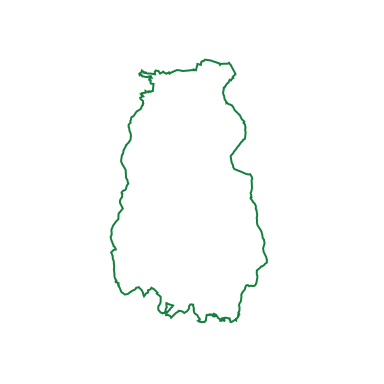 Ciceu-Giurgesti, Bistrita-Nasaud, Romania (Robinson projection), rotated 221°
{"feature_id": "2599482B28114594722524", "entity_name": "Ciceu-Giurgesti", "entity_type": "district", "adm_level": 2, "iso_a3": "ROU", "parent_name": "Romania", "parent_adm1": "Bistrita-Nasaud", "projection": "robinson", "projection_center": [23.976, 47.27], "detail": "fine", "context": "isolated", "style": "outline", "palette": "green", "viewbox_px": 384, "rotation_deg": 221, "n_neighbors": 0, "source": "geoboundaries", "source_scale": "gbopen_adm2", "svg_char_len": 5903}
<svg xmlns="http://www.w3.org/2000/svg" viewBox="0 0 384 384"><g transform="rotate(221 192 192)"><path d="M264.0,303.7L265.0,302.8L265.6,302.7L269.1,300.3L269.1,298.6L269.8,298.0L269.7,297.5L270.2,297.0L270.3,296.2L268.7,293.8L271.9,292.2L271.4,291.6L270.5,289.6L268.9,286.5L271.0,285.6L270.5,285.1L272.4,283.7L272.7,283.1L278.6,277.0L280.1,276.4L283.4,274.1L285.7,269.3L286.7,267.0L286.6,266.6L287.7,266.5L288.0,266.8L288.3,265.6L289.1,264.9L289.1,264.4L291.2,263.9L292.7,264.0L292.8,263.2L293.8,260.5L296.6,261.3L299.1,259.9L298.9,258.2L297.1,256.6L301.3,254.0L302.8,252.6L303.9,251.9L304.4,251.8L305.3,251.0L306.2,250.6L306.0,251.4L307.1,250.8L307.7,251.0L308.7,250.5L309.4,250.7L308.7,248.8L309.2,247.6L309.3,246.5L307.9,245.8L307.1,247.0L306.5,247.2L305.4,246.6L304.4,247.5L303.3,247.9L300.9,249.6L300.5,250.7L299.1,252.4L297.4,251.7L298.9,250.4L297.9,249.3L298.2,249.1L298.0,248.6L296.4,249.2L296.2,248.9L296.5,248.8L296.4,248.5L294.3,246.8L291.9,248.3L287.8,242.4L288.5,241.8L289.0,240.4L289.8,240.4L290.7,239.4L290.2,238.9L290.3,238.6L291.5,238.4L292.3,237.8L293.3,237.7L292.2,236.5L294.7,233.7L294.2,233.3L294.8,232.3L292.6,231.8L292.3,232.4L291.5,232.2L292.2,231.2L292.9,229.0L291.8,228.5L288.5,228.5L287.3,226.9L286.8,226.8L286.5,225.5L286.1,225.3L286.2,223.8L285.3,221.7L285.2,220.9L286.6,216.4L285.9,210.9L286.7,209.0L286.7,208.3L285.5,206.6L285.2,205.2L283.9,204.1L284.0,201.3L282.5,199.5L281.7,199.3L279.2,197.1L277.0,196.1L274.9,194.3L272.7,191.1L272.5,190.1L272.6,189.2L272.2,188.0L272.5,184.6L272.2,184.2L272.4,183.9L271.6,181.7L271.5,180.3L271.1,179.6L271.0,178.4L270.0,177.1L269.0,175.0L269.1,174.7L269.2,174.1L266.7,170.1L265.5,168.5L262.9,167.3L256.5,165.1L251.1,159.5L248.4,158.5L247.4,157.6L245.5,156.5L245.6,155.3L245.1,153.4L243.8,150.8L243.8,149.6L245.0,147.3L244.7,146.5L244.9,145.5L244.0,144.7L243.2,144.8L241.4,142.0L241.4,141.0L241.1,139.4L240.3,137.6L238.7,136.3L233.4,134.2L233.2,127.5L229.7,123.1L230.0,119.9L229.5,114.9L228.1,110.7L225.3,107.9L224.3,106.4L224.1,105.0L223.0,103.9L220.4,102.3L219.2,101.8L218.6,101.3L216.4,100.4L215.9,99.7L214.7,99.8L212.5,99.2L211.8,98.6L213.1,96.9L213.4,93.4L209.9,91.7L208.5,90.1L205.4,88.2L203.5,86.2L202.4,85.4L201.1,83.8L200.4,82.6L197.0,79.5L195.3,77.6L193.5,76.3L191.1,75.6L191.1,74.5L190.4,74.0L189.8,74.7L188.8,74.4L188.0,75.1L187.7,75.1L186.9,73.6L186.1,73.7L186.0,73.0L183.6,72.2L179.8,70.2L175.4,70.6L174.6,71.5L173.3,73.5L173.2,74.0L173.1,75.4L172.6,76.8L172.5,77.8L170.9,81.4L171.3,83.1L169.6,85.3L168.4,85.0L165.8,85.0L162.9,83.8L160.6,82.1L159.8,81.8L160.1,85.4L159.2,87.3L160.7,89.0L159.8,90.5L159.5,91.5L159.8,93.1L158.0,93.4L157.7,93.7L152.0,93.4L151.9,92.2L148.3,92.4L146.8,92.3L143.3,88.1L142.7,86.4L142.3,83.4L140.1,81.0L136.9,80.5L134.7,81.1L134.7,81.6L133.4,82.4L133.8,84.2L133.7,84.9L134.2,85.2L134.8,86.1L135.2,86.9L135.4,88.5L136.6,89.3L138.4,91.3L137.8,91.7L136.5,91.8L131.8,93.9L131.6,92.5L131.9,90.0L131.6,88.4L131.8,86.3L131.7,83.8L131.4,83.0L130.8,82.1L129.3,83.5L127.1,84.1L125.3,83.4L124.9,88.7L124.6,90.7L123.9,92.8L124.2,93.6L120.8,95.6L118.5,95.6L117.7,98.2L117.5,99.0L117.7,101.5L118.1,102.7L119.2,103.7L119.5,105.9L119.2,106.4L117.2,107.7L116.7,107.0L113.9,105.2L113.8,104.5L113.2,104.2L112.5,103.3L111.3,102.5L110.2,102.2L107.2,102.5L105.3,101.7L102.7,101.2L102.3,100.7L102.9,99.3L102.9,99.0L102.6,98.9L102.7,98.7L101.9,98.8L99.9,99.7L97.2,102.2L97.4,103.8L97.3,104.4L98.6,106.0L100.2,108.9L99.4,109.4L98.7,110.4L98.0,110.7L98.4,111.2L97.3,112.1L94.6,112.1L93.5,112.7L93.0,113.4L93.6,113.5L93.2,113.8L93.6,114.6L93.9,114.5L94.1,113.9L96.6,114.0L93.5,115.1L91.6,114.7L89.7,114.0L86.7,114.4L86.2,114.6L86.0,114.3L86.3,113.4L86.0,113.3L85.5,113.8L85.1,114.7L85.3,115.4L85.1,115.7L84.1,115.6L82.3,116.3L83.4,116.3L83.9,116.9L85.5,116.0L86.5,115.9L87.2,116.5L86.6,116.3L86.1,116.4L85.8,117.3L84.9,118.1L84.7,118.7L83.7,119.5L80.5,121.3L79.4,120.3L79.5,120.1L78.1,119.7L77.6,119.2L77.1,119.7L76.6,120.6L75.7,123.6L75.2,123.9L75.4,124.4L74.6,124.3L75.3,125.3L75.2,127.8L76.3,129.0L75.7,129.5L76.9,130.6L76.5,131.0L76.9,131.2L77.3,130.9L77.9,131.3L78.2,133.2L79.0,134.4L80.9,136.5L82.3,137.4L83.2,139.6L83.2,140.9L83.7,142.1L86.0,145.4L87.4,146.8L87.9,148.6L88.2,150.3L88.2,153.0L88.9,154.6L89.2,154.8L89.7,156.7L89.7,157.1L88.8,158.4L87.1,158.3L86.4,159.6L84.1,161.2L83.3,162.3L83.2,163.4L83.5,164.3L83.4,164.6L84.3,166.7L85.4,168.2L85.8,169.2L87.0,170.9L87.9,171.8L88.5,171.9L89.6,172.9L91.6,175.3L91.0,178.9L90.9,181.3L90.5,181.5L89.6,184.2L89.8,185.2L89.2,187.8L90.7,189.7L93.4,191.6L98.6,193.8L101.4,196.1L103.5,200.8L106.5,203.3L108.0,203.5L108.8,204.0L111.0,205.9L114.0,207.9L121.0,210.0L123.4,212.0L124.4,213.4L126.3,215.0L127.0,216.5L127.9,217.6L131.8,220.9L132.2,220.8L132.9,221.3L134.6,223.3L137.2,224.4L139.8,224.5L140.3,225.0L143.4,225.5L143.5,226.6L143.8,226.4L144.2,226.5L144.7,228.0L147.2,229.8L147.5,231.1L149.2,234.2L154.9,240.2L155.2,241.5L156.4,242.4L159.7,243.6L161.0,242.2L163.9,240.8L167.4,239.8L175.1,237.1L177.2,237.8L178.6,239.1L181.3,240.2L186.0,244.0L186.5,245.0L186.4,248.3L186.8,249.7L186.9,254.1L187.2,255.7L187.1,257.5L187.5,261.0L187.5,262.5L187.2,263.5L187.7,265.2L187.1,266.0L187.0,267.1L190.9,272.5L192.7,273.7L192.9,274.4L193.8,275.3L193.8,275.6L194.8,276.6L196.9,277.9L197.6,277.8L198.0,278.3L198.5,278.1L198.8,279.5L202.2,279.6L206.2,281.3L213.7,281.8L216.9,283.3L217.5,283.2L218.7,283.6L222.8,282.2L223.6,282.2L224.3,282.5L224.7,282.2L224.7,281.9L225.6,282.7L228.1,283.4L229.3,284.2L230.6,285.5L232.1,286.1L233.1,286.8L234.0,287.7L234.8,289.4L236.0,290.9L236.0,291.3L236.5,291.7L235.9,292.4L236.2,293.1L236.6,296.3L236.5,298.1L236.2,298.4L237.2,301.4L235.8,301.8L236.1,303.7L235.6,305.0L236.7,305.5L236.6,305.8L236.8,305.9L236.6,307.6L236.6,309.6L246.5,313.4L247.2,313.3L248.8,313.8L249.2,312.3L254.4,307.6L254.3,306.3L255.4,306.6L255.7,306.9L256.2,306.9L258.6,305.7L259.4,305.7L260.5,304.9L264.0,303.7Z" fill="none" stroke="#15803d" stroke-width="2"/></g></svg>